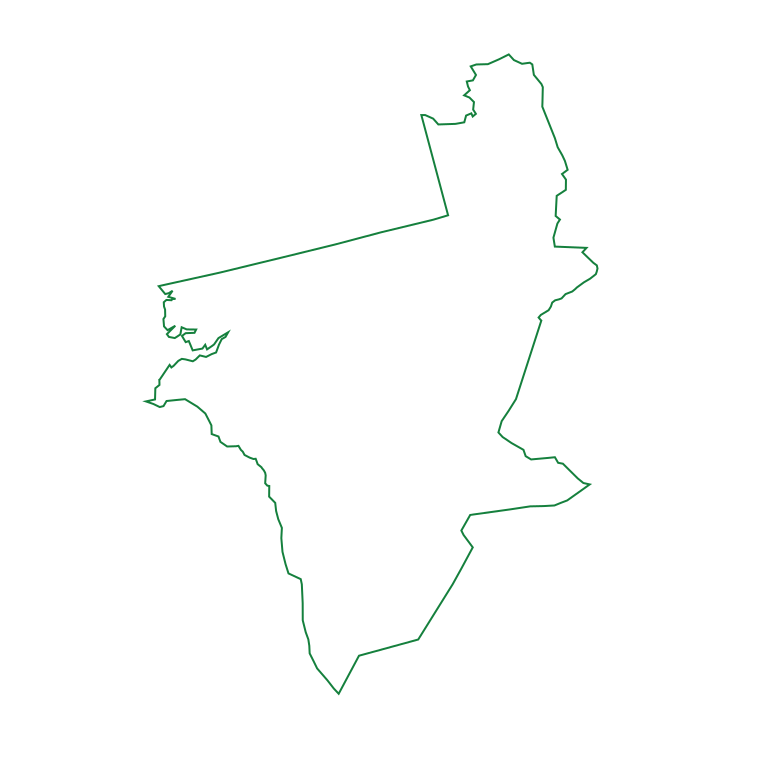 Kiffa, Assaba, Mauritania (Albers equal-area conic projection), rotated 166°
{"feature_id": "47542326B84598403271907", "entity_name": "Kiffa", "entity_type": "district", "adm_level": 2, "iso_a3": "MRT", "parent_name": "Mauritania", "parent_adm1": "Assaba", "projection": "albers", "projection_center": [-11.344, 16.693], "detail": "fine", "context": "isolated", "style": "outline", "palette": "green", "viewbox_px": 768, "rotation_deg": 166, "n_neighbors": 0, "source": "geoboundaries", "source_scale": "gbopen_adm2", "svg_char_len": 2937}
<svg xmlns="http://www.w3.org/2000/svg" viewBox="0 0 768 768"><g transform="rotate(166 384 384)"><path d="M162.1,619.0L158.1,633.6L158.7,637.0L163.8,647.7L162.8,658.2L164.7,660.4L165.1,660.5L172.6,661.3L179.6,666.9L183.2,673.6L194.0,671.2L205.8,669.2L217.1,671.7L223.0,671.2L220.0,661.6L224.3,657.1L230.5,657.5L230.5,652.3L229.6,648.3L236.4,644.7L231.8,641.3L228.5,635.8L231.1,628.7L229.5,623.9L233.2,622.1L233.8,625.5L239.4,624.6L242.8,618.5L251.7,619.1L268.5,622.7L272.1,629.6L279.0,635.0L282.7,635.9L281.0,532.2L296.3,531.5L350.0,531.9L397.8,531.2L451.6,531.4L516.5,531.8L576.7,533.4L578.9,533.4L574.5,524.2L570.9,524.2L566.6,525.6L572.2,520.8L565.7,517.0L568.9,517.7L569.9,516.7L574.8,518.2L577.9,516.6L578.7,512.4L578.4,509.2L579.9,502.6L582.3,500.4L583.5,493.1L581.0,488.6L572.4,491.0L574.6,489.7L582.6,484.9L581.3,481.7L575.9,479.2L573.4,480.0L569.6,481.4L566.6,488.0L562.2,484.7L553.1,482.3L555.5,479.5L564.2,481.3L568.4,479.5L566.3,472.6L563.0,472.9L562.4,469.1L561.5,462.9L551.6,462.3L548.0,465.3L547.3,460.4L541.4,462.6L539.3,463.5L533.5,468.6L522.7,471.9L526.4,468.0L530.6,466.8L534.6,462.1L539.3,455.2L544.0,454.7L550.1,453.3L555.8,456.3L560.9,453.3L564.0,452.3L570.7,455.9L574.1,457.3L578.0,456.2L583.8,452.5L586.3,451.5L586.9,453.2L587.4,454.4L600.7,442.4L601.0,442.4L601.6,439.5L602.1,437.4L606.9,435.2L609.9,424.4L619.2,424.7L612.6,420.4L607.2,415.9L603.3,415.9L599.1,420.1L588.6,418.6L580.7,417.4L570.6,407.2L564.5,398.6L562.5,390.1L561.5,385.6L563.3,377.1L557.3,373.1L556.7,367.4L551.3,361.3L542.6,359.4L540.2,359.2L539.5,357.0L538.8,354.7L537.4,352.5L536.5,348.9L532.2,345.1L528.8,342.8L526.6,342.5L526.2,339.1L526.0,336.8L523.0,332.8L522.8,332.0L521.5,329.3L520.8,326.6L520.9,324.0L523.3,316.4L521.8,313.6L520.0,312.8L522.7,302.5L518.3,295.0L519.4,286.9L519.4,286.6L519.3,278.4L517.9,269.1L520.9,259.3L523.1,245.7L523.1,233.0L522.5,223.3L512.0,214.8L512.2,209.5L515.9,191.1L520.0,174.4L520.0,162.1L519.2,154.5L519.8,148.1L521.3,140.6L519.4,132.2L517.7,124.2L510.6,110.2L506.4,100.7L502.9,94.4L474.0,126.4L412.6,127.8L365.8,173.1L353.5,186.3L337.4,204.0L343.3,218.2L344.4,223.1L332.0,236.1L291.8,231.8L271.7,229.9L258.5,226.9L248.0,224.9L241.1,225.9L234.4,226.7L208.7,236.8L214.5,239.7L218.9,245.6L229.7,263.4L234.1,265.4L235.9,271.6L242.8,272.6L257.5,274.9L259.5,275.2L264.0,279.7L264.6,286.4L274.5,295.8L281.7,303.8L284.7,309.3L278.8,319.5L269.8,327.6L259.6,337.4L216.0,407.5L216.6,408.4L217.9,411.1L215.1,413.1L206.4,415.8L203.3,418.8L201.1,422.3L197.7,423.8L193.9,423.8L191.0,424.1L186.1,427.3L179.0,428.2L176.4,429.4L175.4,429.9L173.5,431.0L165.4,434.3L158.6,436.3L151.9,439.3L150.5,441.4L148.9,444.4L148.8,447.6L151.6,451.0L159.6,463.8L154.6,467.1L185.0,476.0L184.2,485.0L176.9,497.8L173.5,501.0L176.8,505.5L175.0,511.4L170.9,524.8L160.6,528.4L158.0,538.3L160.5,544.7L154.0,547.4L154.5,556.7L155.7,562.8L158.2,571.7L158.7,581.1L163.3,614.8L162.1,619.0Z" fill="none" stroke="#15803d" stroke-width="2"/></g></svg>